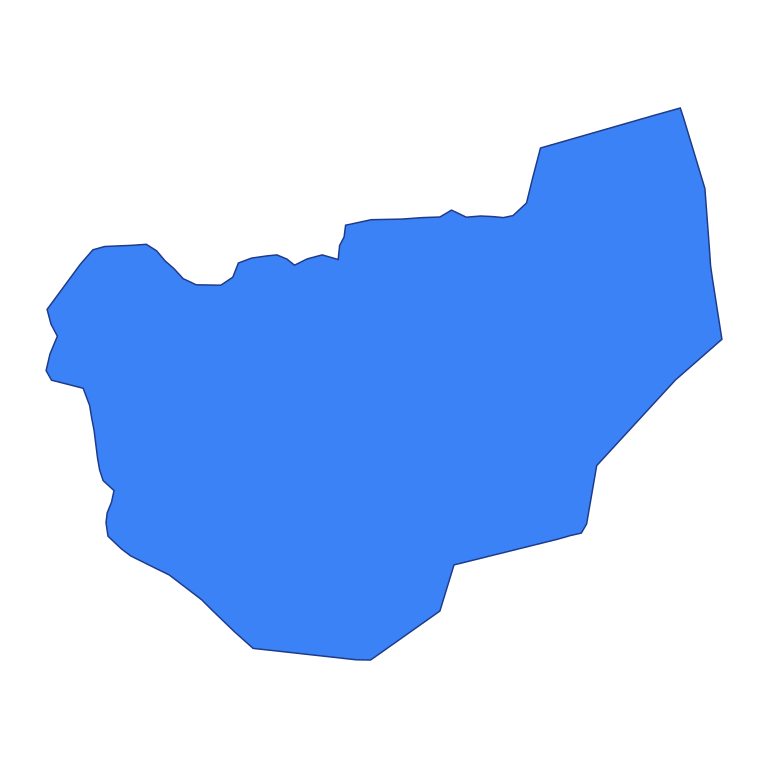 the district of Bocaina, Piauí, Brazil
{"feature_id": "56859067B26785304367831", "entity_name": "Bocaina", "entity_type": "district", "adm_level": 2, "iso_a3": "BRA", "parent_name": "Brazil", "parent_adm1": "Piauí", "projection": "mercator", "projection_center": [-41.325, -6.904], "detail": "fine", "context": "isolated", "style": "filled", "palette": "blue", "viewbox_px": 768, "rotation_deg": 0, "n_neighbors": 0, "source": "geoboundaries", "source_scale": "gbopen_adm2", "svg_char_len": 1138}
<svg xmlns="http://www.w3.org/2000/svg" viewBox="0 0 768 768"><path d="M370.6,660.0L439.9,611.0L454.0,564.9L530.6,545.9L543.6,542.7L559.1,538.8L570.2,535.6L581.3,533.1L586.6,524.0L596.7,465.6L675.4,380.0L721.9,339.3L712.5,279.1L710.6,266.0L709.4,248.5L704.9,188.5L683.8,118.7L680.3,108.0L654.9,115.1L628.2,122.8L540.5,148.0L532.7,177.8L526.5,203.0L513.0,215.6L503.4,217.6L493.1,216.6L480.6,216.0L466.3,217.2L451.5,210.1L439.9,217.0L422.4,217.6L401.7,219.1L371.2,219.7L345.6,225.2L344.1,236.9L339.6,245.5L338.2,259.5L322.2,254.9L307.2,258.9L294.5,265.2L287.0,259.1L276.9,254.9L266.9,255.9L251.5,258.1L238.4,263.0L232.8,277.2L220.8,285.2L196.2,284.8L183.2,278.7L173.8,268.5L165.2,261.0L156.6,250.8L146.3,244.3L132.2,245.3L104.7,246.5L92.9,249.8L80.4,264.2L47.1,309.4L51.0,324.2L57.4,336.2L50.0,353.9L46.1,370.6L51.5,380.2L83.2,388.3L89.6,405.4L91.6,417.6L94.1,430.6L97.6,458.5L99.6,469.9L103.1,480.6L114.0,490.6L111.5,502.2L107.2,512.8L106.0,522.7L108.0,536.2L121.3,548.8L130.6,555.9L156.8,568.9L169.3,575.0L201.7,599.8L211.9,610.0L234.3,631.6L253.1,648.4L356.2,659.8L370.6,660.0Z" fill="#3b82f6" stroke="#1e3a8a" stroke-width="1.5"/></svg>